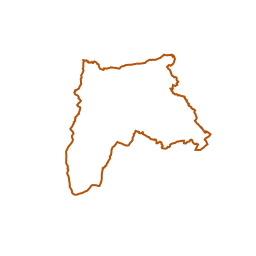 outline of Negrilesti, Vrancea, Romania, rotated 304°
{"feature_id": "2599482B89880546204956", "entity_name": "Negrilesti", "entity_type": "district", "adm_level": 2, "iso_a3": "ROU", "parent_name": "Romania", "parent_adm1": "Vrancea", "projection": "albers", "projection_center": [26.707, 45.947], "detail": "fine", "context": "isolated", "style": "outline", "palette": "amber", "viewbox_px": 256, "rotation_deg": 304, "n_neighbors": 0, "source": "geoboundaries", "source_scale": "gbopen_adm2", "svg_char_len": 5915}
<svg xmlns="http://www.w3.org/2000/svg" viewBox="0 0 256 256"><g transform="rotate(304 128 128)"><path d="M158.9,203.0L161.0,199.8L161.1,199.2L161.1,198.3L161.3,198.1L162.1,198.2L162.5,198.0L166.4,199.8L168.4,200.0L169.0,199.8L168.9,199.3L169.0,198.5L169.0,197.5L169.2,196.1L168.9,195.3L168.9,194.6L168.6,194.1L168.2,194.0L167.7,195.0L167.4,194.9L167.2,194.3L168.9,190.3L169.5,188.6L169.1,188.6L170.3,184.0L170.1,183.6L171.3,179.4L173.2,179.7L174.9,179.3L175.6,178.5L176.1,177.3L177.4,176.1L177.8,174.5L178.8,173.9L180.1,173.8L180.3,171.9L179.8,171.3L179.7,171.0L180.0,170.4L180.0,169.3L180.7,168.8L180.8,168.3L180.4,166.5L180.6,166.2L180.9,166.0L181.1,165.6L181.0,165.2L181.9,165.2L182.1,165.0L182.0,164.0L182.6,162.9L182.6,162.4L182.8,161.9L183.9,161.4L183.9,161.0L183.6,160.7L184.0,160.3L184.2,159.8L184.1,158.9L185.1,158.1L184.9,157.7L185.0,157.5L185.5,157.5L185.6,157.2L185.5,156.8L185.1,156.1L184.8,155.2L184.4,154.5L184.3,153.7L183.6,152.1L183.7,151.8L182.9,151.1L183.3,149.9L183.3,149.5L182.4,148.6L182.4,148.3L182.1,147.9L182.3,147.5L182.4,146.7L182.1,146.3L182.1,145.6L183.1,144.6L183.0,144.2L183.0,143.9L183.8,143.4L183.6,143.0L184.0,142.7L184.5,141.4L185.1,142.1L184.9,142.7L185.1,142.7L185.1,142.8L185.4,142.9L185.6,143.2L185.9,143.1L186.4,142.4L188.8,141.3L189.2,143.7L189.7,143.9L191.4,144.7L191.7,144.2L191.9,143.5L192.5,143.4L194.4,143.9L194.5,143.6L194.5,143.0L194.7,142.6L194.7,142.0L194.8,141.7L195.5,141.1L196.6,140.5L196.9,139.8L196.8,139.0L195.8,137.9L196.3,136.6L196.3,136.3L196.1,135.8L196.0,135.4L196.7,134.1L197.1,133.7L197.2,133.3L197.8,132.9L197.9,132.5L198.3,132.3L198.5,131.7L199.5,130.6L199.6,128.9L199.7,128.1L200.1,127.1L200.5,126.3L200.8,126.1L201.5,126.6L202.9,126.6L203.2,127.2L203.4,128.5L204.3,128.6L204.4,128.9L204.5,129.0L206.7,129.5L208.3,129.3L211.6,128.2L212.0,127.7L212.2,127.0L212.7,126.8L213.1,126.3L213.2,125.9L213.2,125.7L213.3,125.2L213.1,124.7L212.5,124.8L212.8,124.3L213.1,124.1L212.7,123.9L212.6,123.7L213.0,123.1L212.8,122.8L212.2,122.5L212.2,122.1L210.4,120.2L209.9,119.1L209.1,118.1L209.0,117.3L209.0,117.1L208.9,116.8L208.2,116.6L207.0,116.5L205.9,115.9L205.0,115.9L204.0,115.5L203.5,115.0L200.7,113.2L199.4,112.1L199.0,111.1L198.6,110.8L198.4,110.2L197.4,109.3L197.0,108.1L196.3,107.5L194.5,106.7L193.2,106.0L191.7,105.9L191.2,105.5L191.0,105.1L190.0,104.2L187.5,101.3L186.7,99.8L182.6,95.7L181.8,94.6L180.5,92.8L178.6,90.7L178.1,90.6L176.7,89.8L176.3,89.0L175.2,88.2L174.3,87.9L172.6,87.8L172.3,87.5L170.8,84.0L168.7,79.9L168.4,80.0L168.0,79.5L165.3,77.3L165.1,76.7L164.6,75.7L163.9,74.8L163.0,75.3L162.5,75.2L161.8,73.1L161.6,71.4L163.0,69.2L164.2,68.2L164.3,67.6L163.9,66.8L163.9,66.5L164.6,65.2L164.6,64.3L164.3,62.8L162.3,62.7L162.2,62.4L162.6,61.4L162.6,61.0L161.6,60.8L161.4,60.5L161.3,60.1L160.8,59.8L160.7,59.4L160.1,58.6L160.2,58.2L160.9,57.8L160.3,57.1L160.8,56.4L160.9,55.8L159.7,54.6L159.6,54.3L159.5,53.5L159.2,53.0L158.4,54.2L156.6,54.8L153.7,56.8L151.6,57.6L150.8,59.0L148.3,59.5L145.4,59.8L143.8,61.5L142.2,61.4L138.2,64.6L135.5,64.7L134.5,64.9L134.0,65.1L133.0,65.2L132.1,64.6L131.0,64.3L130.2,63.4L129.5,63.1L129.2,63.1L129.0,63.3L128.8,63.9L128.7,64.0L127.6,63.6L126.8,64.4L126.4,65.1L126.4,66.1L126.7,67.3L126.6,68.6L126.5,69.3L126.0,70.0L124.9,70.4L124.6,72.7L124.2,73.8L121.9,73.6L121.1,73.2L118.6,73.0L118.2,74.0L118.2,74.5L118.2,75.8L118.4,76.8L117.0,77.7L113.5,78.7L112.0,79.4L111.7,78.9L110.3,78.8L109.0,78.8L108.2,78.6L107.6,78.3L107.4,78.3L106.4,79.2L105.4,79.2L104.3,80.2L103.2,79.9L102.4,79.8L102.1,80.3L100.6,80.6L99.8,80.5L98.6,80.9L95.2,80.6L94.5,81.4L94.4,82.6L94.0,84.3L93.7,84.6L93.5,85.2L92.9,86.0L90.8,85.9L89.9,86.0L88.9,86.9L87.5,88.9L85.1,89.6L78.9,89.1L74.0,89.8L69.4,93.2L67.3,94.4L66.7,95.0L65.5,95.5L64.5,96.3L63.9,97.0L62.9,99.2L62.5,99.3L62.2,99.9L61.9,100.0L60.4,100.6L60.4,101.4L60.2,101.8L59.1,102.2L58.0,102.3L56.1,103.1L55.0,105.1L54.9,105.5L54.0,106.2L53.5,107.1L51.9,108.3L48.2,111.7L46.8,112.4L45.1,115.7L44.9,116.3L43.1,117.9L42.9,118.5L42.7,120.4L43.3,121.8L44.2,122.9L46.3,124.4L48.5,126.4L51.6,128.1L53.0,129.2L57.0,129.8L60.3,130.0L61.3,131.3L62.6,133.3L63.5,136.1L63.9,136.7L67.3,136.2L70.1,135.2L71.8,134.3L75.1,132.1L78.9,130.4L80.1,130.0L80.1,129.7L80.6,129.5L81.0,129.5L81.3,130.1L82.3,130.6L83.0,130.3L83.8,130.5L84.3,130.9L85.0,130.9L86.3,130.4L87.0,130.3L87.8,130.6L88.8,130.3L90.6,130.1L91.4,130.2L92.9,130.2L93.3,129.9L94.0,129.0L95.3,128.8L96.2,129.0L99.4,127.4L100.3,126.7L101.4,126.5L103.2,126.0L105.6,126.8L107.8,127.0L108.8,126.9L110.5,127.1L110.8,129.0L111.7,132.0L111.8,133.7L112.2,135.2L112.7,136.8L114.0,138.2L116.5,138.1L118.3,138.3L118.9,138.5L120.5,138.6L121.9,137.6L123.0,137.2L125.0,137.1L126.3,136.1L126.8,136.5L128.8,136.3L129.9,135.9L130.3,137.7L130.3,138.2L130.6,138.5L130.9,139.4L130.7,139.6L130.2,139.8L130.4,140.3L130.4,141.2L131.1,141.9L132.7,142.5L132.2,143.1L132.2,143.3L131.3,143.8L131.7,147.4L131.7,149.5L132.2,150.4L131.8,151.7L131.6,152.9L131.6,153.2L132.2,154.4L132.4,155.4L132.8,155.9L132.9,156.5L133.6,156.7L133.8,157.1L133.9,157.6L133.7,158.1L132.5,159.4L131.3,160.1L131.3,160.4L131.6,160.8L132.9,161.5L134.2,161.8L134.5,162.1L134.6,162.6L134.5,164.1L134.1,164.5L133.6,164.5L133.3,164.8L132.9,166.6L132.7,166.8L132.3,166.9L131.0,166.6L130.6,167.1L130.4,167.7L130.5,168.1L132.0,170.8L132.7,171.4L133.2,171.6L134.4,171.4L134.8,172.0L135.0,172.7L135.5,173.0L136.6,172.9L137.6,172.3L138.5,172.5L140.5,173.9L141.8,175.3L144.5,176.5L145.3,177.7L146.4,178.8L146.9,179.0L147.1,179.3L148.7,181.5L147.7,182.0L147.1,182.5L146.6,182.9L146.8,183.4L147.3,183.8L147.4,184.4L147.6,184.7L148.0,184.8L148.3,184.6L149.1,184.7L149.4,185.0L150.3,185.5L150.8,186.2L151.4,186.4L152.1,186.5L152.6,186.3L152.9,186.3L153.7,186.9L153.8,187.6L153.4,188.5L153.0,188.8L152.8,189.2L152.3,189.8L151.9,192.3L152.9,193.6L153.4,193.7L153.5,195.3L150.3,195.7L147.6,196.2L150.2,200.2L152.4,200.9L153.6,201.5L156.4,202.1L158.9,203.0Z" fill="none" stroke="#b45309" stroke-width="2"/></g></svg>